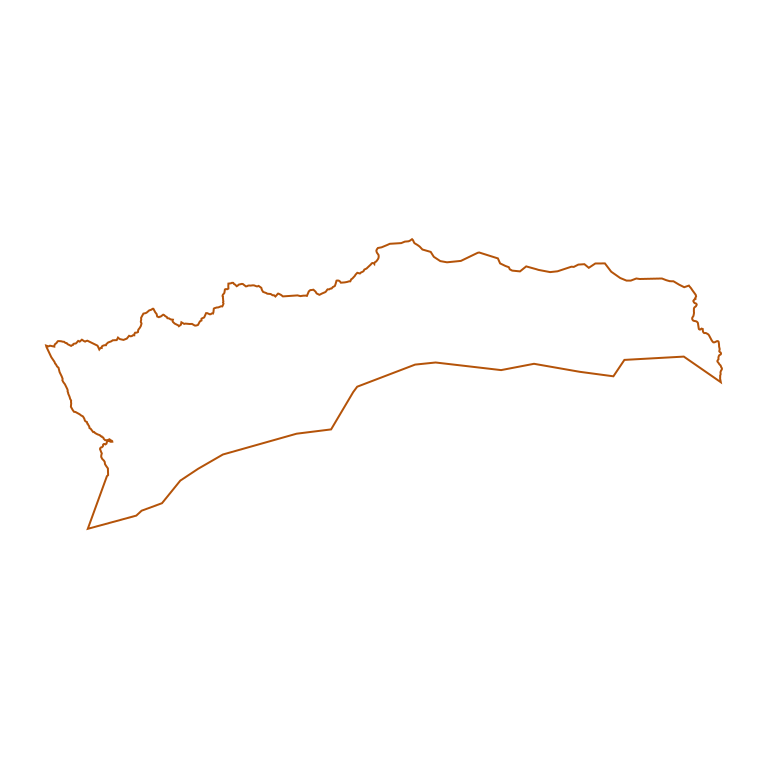 Tu'shig, Selenge, Mongolia (Mercator projection)
{"feature_id": "93677404B59520474253920", "entity_name": "Tu'shig", "entity_type": "district", "adm_level": 2, "iso_a3": "MNG", "parent_name": "Mongolia", "parent_adm1": "Selenge", "projection": "mercator", "projection_center": [105.193, 50.245], "detail": "fine", "context": "isolated", "style": "outline", "palette": "amber", "viewbox_px": 768, "rotation_deg": 0, "n_neighbors": 0, "source": "geoboundaries", "source_scale": "gbopen_adm2", "svg_char_len": 6048}
<svg xmlns="http://www.w3.org/2000/svg" viewBox="0 0 768 768"><path d="M702.8,329.1L701.6,328.6L700.0,329.6L699.4,329.4L698.9,329.0L698.7,328.2L697.9,323.0L697.4,322.2L696.7,321.6L695.8,321.2L694.0,320.9L693.1,320.5L692.7,320.0L692.3,319.3L692.2,318.7L692.2,318.1L692.4,317.5L693.4,316.0L693.9,313.7L694.0,312.5L693.9,311.8L693.9,308.7L694.1,308.1L694.3,307.6L694.7,307.2L695.9,306.3L696.7,304.8L696.6,304.2L696.3,303.8L695.8,303.4L694.7,303.1L693.9,302.3L693.3,301.0L693.9,300.0L695.3,299.0L694.9,298.7L695.6,297.4L696.1,296.4L695.7,294.8L692.2,290.0L691.1,288.3L689.3,286.2L688.9,285.6L684.2,287.2L679.2,284.7L673.5,281.3L669.8,281.2L666.3,280.2L661.9,278.5L639.7,279.0L636.3,278.5L630.8,280.6L626.5,280.6L620.2,278.0L611.2,271.7L604.9,263.4L595.3,263.5L588.8,267.8L584.4,264.2L578.3,264.6L573.8,266.9L571.4,266.7L557.5,271.3L550.1,272.1L538.5,269.9L536.3,269.2L526.2,266.4L520.0,271.4L512.2,270.6L509.8,269.3L508.8,267.2L505.5,266.0L500.1,263.4L497.9,258.4L479.2,252.5L477.7,252.8L460.9,260.9L447.0,262.3L440.3,261.1L433.8,256.8L430.7,251.9L422.4,249.5L419.7,246.6L417.5,245.0L414.5,243.2L413.9,242.2L413.0,240.2L412.0,239.2L409.9,240.7L408.5,241.3L404.9,241.6L401.2,243.1L389.8,243.8L387.4,244.9L381.6,247.3L377.9,248.0L377.0,249.2L376.4,250.4L376.5,251.6L377.0,252.8L378.5,254.9L378.7,256.1L378.6,257.4L378.3,258.5L377.7,259.5L376.2,261.5L375.3,261.9L374.4,263.0L374.3,263.9L373.7,263.2L372.7,263.0L371.8,263.3L370.7,264.6L367.4,267.7L366.6,268.5L364.3,269.6L363.8,270.8L362.9,271.6L360.8,272.6L359.9,273.5L357.3,272.8L355.5,274.7L354.9,275.8L352.3,278.6L351.2,279.3L350.3,281.3L349.2,281.3L346.9,282.0L344.6,282.4L340.9,282.7L340.0,281.5L339.1,280.8L338.1,280.5L337.0,280.5L336.5,280.7L335.6,283.9L334.9,285.9L333.8,286.6L332.9,287.0L331.6,288.5L330.4,288.6L329.1,289.4L327.7,289.3L327.3,289.6L325.9,291.6L325.1,292.2L322.0,293.5L319.5,294.8L318.9,294.6L318.0,294.1L317.2,293.8L316.3,293.0L315.6,291.7L313.4,289.7L311.7,290.0L310.3,290.1L308.8,291.4L306.9,295.9L305.7,295.6L303.1,295.7L300.4,296.1L297.5,295.4L282.9,296.4L281.0,294.9L278.4,293.6L278.0,293.6L275.4,296.5L273.9,295.2L272.9,295.3L272.2,295.0L270.7,294.0L267.2,293.7L266.4,293.1L263.1,291.9L261.9,289.9L261.3,287.8L258.6,285.9L257.6,286.3L256.5,286.3L254.1,285.4L252.9,285.3L250.5,285.6L249.4,285.5L248.2,285.6L247.0,286.2L245.9,286.4L242.8,284.0L241.8,283.9L238.8,284.6L237.7,285.6L236.7,286.2L235.1,284.6L233.9,283.9L233.3,282.9L232.0,282.8L230.9,283.3L228.4,283.6L228.3,286.1L228.4,288.6L227.3,289.2L225.8,289.1L224.9,289.5L224.4,292.8L223.7,293.8L222.9,294.7L222.5,296.0L223.0,296.7L222.9,297.9L223.1,298.9L223.1,300.1L223.4,301.3L223.0,302.4L223.5,303.5L223.2,304.5L222.3,306.4L221.0,306.3L218.3,307.4L216.7,307.5L214.2,308.3L213.8,308.7L213.4,312.4L213.0,313.5L212.4,313.3L211.7,313.5L210.7,314.2L209.8,314.3L207.1,313.1L206.1,313.1L204.2,317.4L201.6,318.6L201.4,319.0L201.5,320.5L200.0,321.3L199.6,321.9L198.0,324.9L196.7,325.4L195.4,325.6L194.7,325.5L192.0,323.9L189.7,324.0L185.5,323.6L184.2,323.9L181.4,322.3L180.9,324.7L178.9,326.2L178.3,325.4L174.7,323.6L173.0,322.0L172.6,321.3L172.6,320.7L172.9,319.7L170.6,319.4L169.0,318.4L167.4,318.2L166.9,317.1L165.2,316.1L164.2,315.1L163.2,314.7L160.6,316.6L159.5,316.8L158.9,317.2L157.2,316.5L156.6,314.0L155.2,312.2L153.4,308.8L152.5,308.8L151.6,309.6L149.2,310.4L146.8,312.5L145.7,313.1L143.4,313.6L141.1,317.8L141.2,319.7L140.8,321.5L140.9,322.2L141.5,323.3L141.3,324.4L140.7,326.3L139.6,328.1L138.4,329.6L138.1,330.7L138.0,332.0L136.8,332.6L135.1,332.7L134.4,333.9L134.3,335.3L133.0,335.2L131.8,336.1L130.5,336.3L129.1,335.8L126.8,338.6L123.5,339.9L119.9,339.1L119.0,338.5L118.0,337.6L116.7,340.1L112.7,340.3L111.3,341.3L108.1,342.5L106.3,344.2L106.0,345.2L104.7,345.2L103.5,345.5L102.4,346.0L101.8,346.7L101.7,348.0L100.8,347.9L100.2,348.3L99.3,349.5L97.8,346.2L97.4,345.6L87.4,340.7L86.2,341.0L85.1,341.6L84.0,341.1L81.9,339.7L79.7,341.6L78.2,340.9L76.1,343.3L75.1,343.6L74.0,343.7L73.3,344.1L73.0,344.9L72.1,345.2L71.1,345.9L67.5,344.1L66.7,343.1L65.4,342.9L64.1,341.8L62.8,341.7L60.9,341.2L58.2,341.1L57.7,341.3L56.5,343.0L55.1,344.1L54.3,345.6L54.3,346.6L50.0,345.7L48.5,346.4L46.1,345.6L46.4,346.8L51.3,357.2L54.5,361.9L55.1,363.5L55.9,364.3L57.1,366.5L58.5,367.7L59.6,372.1L61.7,376.4L62.6,378.8L62.4,380.4L63.5,382.4L64.9,384.2L67.3,389.1L67.7,390.4L67.6,391.6L68.1,392.5L68.2,393.6L69.5,396.6L70.2,399.0L71.1,400.5L71.0,402.2L71.2,403.2L70.9,406.8L72.7,410.0L74.0,411.8L75.5,412.0L79.7,414.3L81.2,415.5L82.8,416.3L83.4,417.1L84.3,418.7L84.9,420.6L85.5,421.3L87.0,422.1L87.3,423.7L87.9,424.0L88.5,425.4L89.2,426.3L89.5,428.1L90.6,428.7L93.2,432.1L94.1,432.0L95.2,433.1L97.6,434.4L99.9,435.2L100.7,436.2L101.6,436.3L101.9,436.9L103.3,437.6L103.7,438.8L105.2,440.2L107.3,440.2L109.5,439.3L110.5,440.2L111.5,440.6L112.2,441.1L112.3,441.7L110.8,441.8L108.9,441.0L108.0,440.8L107.2,441.6L106.8,442.2L106.5,443.6L105.5,444.4L104.6,444.0L103.7,444.1L103.1,444.7L103.1,445.8L102.6,446.6L101.8,447.3L100.9,447.5L100.3,448.1L100.0,449.0L101.3,452.4L101.8,453.3L101.3,455.2L101.2,456.9L102.2,458.9L103.9,460.6L104.7,461.9L105.0,464.1L106.1,465.9L107.9,468.4L108.1,475.1L106.9,476.2L87.8,528.8L136.3,515.6L141.6,510.7L162.0,503.2L180.3,480.6L198.1,468.8L222.9,454.5L296.6,433.7L331.1,429.4L353.2,392.1L357.2,386.7L415.1,364.6L435.6,362.5L501.1,370.1L534.0,363.8L579.7,371.8L613.4,376.3L624.4,359.9L683.8,356.6L720.8,382.2L720.1,378.6L720.2,376.7L720.1,375.8L720.6,374.4L720.6,373.5L720.5,372.9L720.5,372.1L720.9,370.9L721.7,369.6L721.9,369.1L721.9,368.3L721.2,367.1L720.6,365.5L719.4,364.3L718.5,362.9L717.6,361.8L717.4,361.4L717.4,360.9L717.7,360.3L718.5,359.2L718.4,357.8L718.7,356.3L719.3,355.2L720.6,354.5L720.9,354.1L721.0,353.3L720.8,352.8L720.5,352.4L719.8,352.0L719.3,351.4L719.3,351.1L719.7,349.1L719.1,346.6L719.0,344.2L718.6,341.8L718.3,341.4L717.7,341.1L717.1,341.1L714.8,342.2L714.0,342.4L713.3,342.3L712.5,341.5L711.7,340.4L709.0,335.3L708.3,334.4L706.3,333.2L705.5,333.0L704.6,333.1L704.1,333.0L703.7,332.7L703.3,332.2L703.0,331.5L702.7,329.9L702.8,329.1Z" fill="none" stroke="#b45309" stroke-width="2"/></svg>